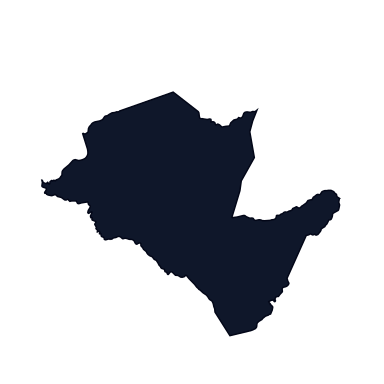 Guinope, El Paraíso, Honduras, rotated 301°
{"feature_id": "27666195B48819141488377", "entity_name": "Guinope", "entity_type": "district", "adm_level": 2, "iso_a3": "HND", "parent_name": "Honduras", "parent_adm1": "El Paraíso", "projection": "mercator", "projection_center": [-86.952, 13.873], "detail": "fine", "context": "isolated", "style": "filled", "palette": "ink", "viewbox_px": 384, "rotation_deg": 301, "n_neighbors": 0, "source": "geoboundaries", "source_scale": "gbopen_adm2", "svg_char_len": 6051}
<svg xmlns="http://www.w3.org/2000/svg" viewBox="0 0 384 384"><g transform="rotate(301 192 192)"><path d="M185.7,68.3L175.0,80.3L173.2,81.8L171.5,82.9L170.4,83.3L169.4,83.5L167.6,83.5L166.3,83.3L165.2,82.8L163.7,81.8L162.2,80.5L160.6,78.7L159.6,75.2L158.4,74.1L157.6,73.7L151.7,72.5L146.1,70.5L143.6,70.1L142.4,70.3L139.3,71.9L138.6,71.8L137.9,71.6L136.1,71.6L134.5,71.0L132.3,69.3L131.2,69.1L131.0,68.7L131.0,67.6L129.8,67.0L129.6,66.5L129.7,66.0L129.4,65.6L127.7,65.0L126.1,65.7L125.7,65.8L125.3,65.7L125.1,65.4L125.1,65.0L125.8,63.9L126.0,63.3L125.3,63.0L124.7,63.3L124.4,63.2L123.7,61.6L123.6,60.3L123.6,59.4L124.6,58.1L124.9,57.4L124.8,57.2L123.2,58.8L120.1,60.1L119.6,60.5L119.4,61.1L119.5,62.2L120.1,64.7L119.7,65.6L118.3,66.0L115.9,65.9L115.4,66.1L115.2,66.3L115.2,66.7L115.8,67.5L115.6,68.0L115.2,68.5L115.3,70.1L116.4,73.3L116.8,73.9L117.5,74.4L118.5,75.4L119.2,75.6L119.5,75.9L118.9,79.1L119.9,82.3L120.0,83.4L119.7,86.3L119.7,87.2L120.3,88.2L120.9,88.7L121.5,89.0L121.9,89.4L121.9,89.8L121.4,90.8L121.1,92.1L121.9,92.9L122.6,93.8L123.9,96.0L124.6,97.4L124.4,98.0L123.4,99.6L123.4,100.4L123.9,101.2L125.7,102.8L129.8,107.7L129.5,108.2L128.0,109.8L127.9,110.4L127.8,111.7L127.1,112.3L125.9,112.6L122.8,112.6L121.1,113.1L120.6,113.4L120.4,114.0L120.5,114.5L122.5,115.4L123.2,116.0L123.3,116.4L122.9,116.7L122.1,117.0L119.2,117.3L118.3,118.0L117.9,118.6L118.5,119.4L118.5,119.8L118.2,120.0L117.2,120.2L116.6,120.9L117.1,124.2L117.0,124.9L116.7,125.1L116.2,125.2L114.6,125.2L114.1,125.4L112.6,128.1L112.1,128.4L111.5,128.4L111.1,128.6L110.7,130.6L109.0,131.4L109.2,131.7L110.4,132.4L110.7,132.9L109.9,133.9L108.6,134.2L108.6,134.4L109.2,135.5L108.0,136.5L107.4,137.1L107.3,137.6L107.6,139.2L107.6,140.1L107.4,140.3L106.3,141.2L106.3,142.1L106.7,142.8L108.0,144.0L109.0,145.0L109.2,145.4L109.2,146.1L109.4,146.2L109.6,146.1L110.2,147.4L110.8,147.8L112.1,148.2L113.8,150.2L115.7,151.4L116.4,152.4L116.7,153.8L116.2,156.5L116.5,157.1L117.8,158.3L118.2,159.1L118.6,160.3L119.1,162.6L120.3,164.7L120.5,165.6L120.5,166.5L120.4,167.4L118.9,169.8L118.7,170.5L118.6,171.1L119.1,171.8L120.2,172.3L121.0,173.0L121.5,173.6L121.6,174.1L121.4,174.8L119.8,175.8L119.5,176.2L118.9,178.3L117.9,180.0L117.4,183.5L116.6,184.6L115.9,186.3L115.6,188.4L116.0,191.3L114.8,194.3L115.0,196.6L113.7,199.3L112.3,201.5L111.8,203.5L111.1,204.3L110.9,205.4L111.5,207.9L111.2,208.5L110.4,209.2L109.9,209.9L109.8,210.3L110.2,210.9L110.1,211.7L109.9,212.1L109.2,212.9L108.9,213.7L109.0,214.0L109.4,214.2L111.9,214.5L112.6,214.8L112.9,215.2L113.1,215.9L113.1,216.6L112.1,220.7L113.2,222.8L113.3,224.2L113.2,225.6L113.3,226.3L113.9,227.5L115.0,228.6L115.8,229.2L117.2,229.3L117.5,229.7L117.6,230.3L116.2,234.1L114.2,241.8L112.9,245.0L112.5,247.1L112.1,248.0L112.1,249.6L111.3,253.3L111.1,257.4L110.4,259.4L109.1,261.9L108.9,262.8L108.9,264.6L108.7,265.6L107.3,267.6L104.9,269.9L103.6,271.6L100.9,273.6L88.4,298.5L102.8,313.1L103.4,313.8L104.3,314.4L105.0,315.1L107.0,316.2L107.0,316.4L108.1,316.8L109.4,316.9L110.5,316.5L112.5,315.5L113.5,315.4L114.4,315.6L115.7,316.0L118.7,317.6L120.0,317.7L123.4,318.9L125.9,320.9L127.1,321.3L127.6,322.0L127.9,322.2L132.0,321.6L134.5,320.7L135.0,320.4L135.3,320.0L135.9,318.1L135.7,317.5L135.8,317.1L135.9,316.9L136.4,316.8L137.1,314.6L137.5,314.2L139.8,315.6L141.1,317.1L141.4,317.9L140.6,318.5L140.5,318.9L140.6,319.4L140.9,319.6L141.6,319.6L142.2,319.2L142.5,318.8L142.6,318.3L143.0,318.0L144.1,318.1L145.3,318.0L146.3,318.8L146.8,319.7L147.1,319.9L149.5,320.1L152.8,320.8L153.5,320.6L155.1,319.3L155.7,319.0L156.3,319.0L157.3,319.3L159.0,321.0L160.0,321.7L161.3,322.2L162.6,322.3L163.4,322.2L163.9,321.8L164.9,320.1L167.0,317.9L213.6,312.3L215.4,314.1L217.1,315.0L217.3,317.4L218.2,318.5L218.8,318.6L219.2,319.0L218.9,320.2L218.9,320.5L219.5,321.1L220.5,321.8L224.1,322.3L225.4,322.3L226.3,321.9L226.9,321.9L228.1,322.3L230.8,323.7L232.1,323.5L232.9,323.7L233.4,324.0L235.3,324.0L238.2,323.7L239.0,324.2L239.6,325.0L240.5,325.3L242.2,325.1L243.7,324.7L245.2,324.0L246.2,323.8L248.1,324.8L251.4,326.7L252.0,326.8L253.3,326.5L256.9,325.2L258.5,323.3L259.1,322.9L262.1,321.8L262.5,321.9L262.6,318.9L262.9,318.4L264.4,317.0L264.6,314.9L265.3,313.3L265.0,310.3L263.5,307.8L262.8,307.1L261.4,304.9L259.6,303.5L258.8,303.2L256.2,303.2L255.5,303.0L254.7,301.0L253.7,300.2L251.9,299.6L250.0,298.7L247.2,298.8L245.9,297.2L244.4,295.8L241.4,295.6L237.4,293.9L236.6,293.4L234.9,293.0L233.7,292.5L233.2,291.7L233.2,289.4L232.9,288.9L232.2,288.6L229.8,286.9L229.5,286.8L229.0,287.0L228.3,287.0L226.8,286.2L226.2,285.7L225.8,285.1L223.7,283.9L222.9,282.2L222.2,281.5L221.4,281.1L220.2,280.9L218.9,279.7L217.2,279.1L216.6,278.3L216.0,277.2L215.6,276.7L215.1,276.6L213.7,277.2L212.8,277.3L211.7,277.1L210.7,276.5L209.0,274.4L208.4,274.0L207.8,273.4L204.8,269.1L203.7,267.1L203.5,265.5L202.9,264.0L202.1,263.0L201.0,261.9L200.1,260.6L200.2,259.4L200.8,258.3L200.9,257.7L200.5,256.7L199.5,255.3L199.2,254.5L198.8,251.3L199.0,249.4L198.7,248.7L198.3,248.1L193.7,243.5L190.6,239.5L190.1,239.4L217.8,232.4L226.9,228.5L253.6,227.7L273.4,210.5L284.2,207.4L295.6,205.5L293.7,204.8L292.9,204.0L292.4,202.7L290.3,201.0L289.0,197.9L287.7,196.4L286.1,195.9L283.2,196.5L281.5,196.4L280.8,196.0L280.3,195.4L279.8,193.6L278.5,193.5L277.8,193.3L275.3,190.8L271.2,189.6L268.6,190.0L267.9,189.9L267.5,189.6L265.5,186.9L263.4,184.6L263.1,184.1L263.7,181.1L263.6,179.5L263.2,178.8L261.9,178.1L261.7,177.7L262.1,177.1L263.2,175.8L263.3,174.7L263.0,173.7L261.7,172.2L262.0,171.9L262.7,171.8L263.6,171.1L264.0,170.8L264.0,170.5L263.6,169.4L262.4,168.2L261.9,167.5L260.5,164.1L260.3,163.3L259.8,162.9L259.2,160.7L259.4,160.4L261.0,159.0L263.3,157.2L263.8,156.5L264.1,155.9L267.9,124.4L224.1,88.2L223.5,88.1L223.0,87.8L222.4,87.0L221.9,86.1L220.4,84.9L218.7,82.7L216.0,81.1L214.1,80.3L213.3,79.6L212.7,78.9L212.2,78.5L211.5,78.3L208.3,78.1L207.0,77.5L205.3,76.2L202.1,72.7L201.0,71.9L199.8,71.2L198.6,70.9L196.6,70.8L195.7,70.4L194.5,70.4L193.0,70.6L190.2,71.9L189.3,71.9L186.8,70.7L186.4,70.0L186.2,68.5L185.7,68.3Z" fill="#0f172a" stroke="#020617" stroke-width="1.5"/></g></svg>